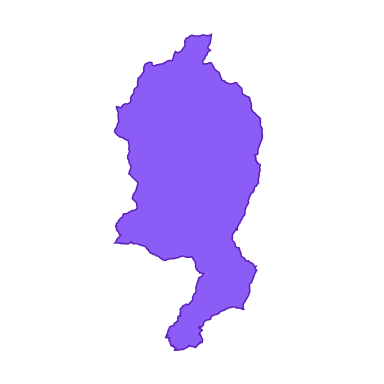 Buces, Hunedoara, Romania, rotated 249°
{"feature_id": "2599482B61703406686654", "entity_name": "Buces", "entity_type": "district", "adm_level": 2, "iso_a3": "ROU", "parent_name": "Romania", "parent_adm1": "Hunedoara", "projection": "mercator", "projection_center": [22.959, 46.183], "detail": "fine", "context": "isolated", "style": "filled", "palette": "violet", "viewbox_px": 384, "rotation_deg": 249, "n_neighbors": 0, "source": "geoboundaries", "source_scale": "gbopen_adm2", "svg_char_len": 6024}
<svg xmlns="http://www.w3.org/2000/svg" viewBox="0 0 384 384"><g transform="rotate(249 192 192)"><path d="M219.7,278.0L224.1,279.2L224.7,279.8L226.5,280.3L229.7,279.6L233.3,281.3L234.3,281.4L235.5,282.1L237.3,281.7L240.2,280.1L243.3,278.9L244.5,278.0L247.7,277.2L249.3,277.4L250.4,278.1L253.4,279.0L256.0,279.1L257.6,278.7L258.2,279.5L258.8,279.6L260.6,278.8L261.3,278.0L261.5,277.5L263.8,275.7L265.4,274.1L270.8,275.6L275.4,273.4L277.9,272.8L278.6,271.5L278.7,270.7L278.4,269.7L278.7,267.5L280.5,264.5L281.5,263.7L281.4,263.4L282.6,262.5L283.9,262.4L285.6,260.0L287.7,260.2L288.4,259.8L294.0,260.2L296.1,258.5L299.2,257.0L300.7,257.1L305.9,256.2L306.0,255.3L306.5,254.5L306.3,252.3L307.5,248.4L310.2,248.7L312.5,252.2L314.3,253.5L314.3,254.5L315.3,255.6L316.6,256.2L317.8,260.0L319.9,258.5L321.6,258.5L323.5,261.4L324.7,262.4L332.1,266.6L332.1,263.0L334.8,258.4L334.8,255.2L336.6,250.6L338.4,248.1L338.3,245.7L337.5,244.6L337.6,241.8L336.0,239.7L334.8,239.0L331.8,238.3L330.3,236.9L329.2,234.9L327.8,233.3L327.1,231.1L327.2,228.3L329.1,226.9L326.5,224.2L322.3,221.4L321.8,220.4L322.9,218.4L323.1,215.7L322.5,214.0L322.7,212.8L322.1,210.5L322.7,208.6L323.3,204.5L323.2,202.5L324.0,201.0L324.6,200.5L325.2,200.3L326.6,200.9L327.3,200.8L328.4,198.9L328.4,196.8L328.1,194.0L325.9,191.9L323.0,190.5L321.9,190.4L317.9,184.4L317.7,182.7L313.2,180.1L311.1,179.8L309.7,177.8L308.6,174.8L305.2,173.1L303.3,169.8L301.3,168.2L299.4,167.8L297.9,166.6L297.1,163.5L298.3,161.4L297.9,158.4L296.0,156.1L298.8,152.2L297.9,151.7L292.3,151.6L289.2,150.1L283.8,148.8L281.8,146.4L280.0,145.6L277.8,142.3L276.5,141.8L275.9,141.3L272.6,142.4L269.3,144.3L268.0,146.4L264.8,148.8L263.1,150.8L258.3,150.1L253.9,148.1L252.0,148.4L249.0,145.0L246.5,144.0L243.8,144.4L241.9,143.8L238.9,144.1L236.4,143.8L233.7,141.0L231.6,139.6L229.8,140.8L227.9,141.3L221.7,144.3L220.5,144.8L219.5,144.7L213.0,139.8L210.5,136.1L207.1,133.9L201.9,136.4L198.9,135.5L196.8,135.3L195.5,132.8L195.3,132.0L196.2,129.9L195.8,126.3L195.4,125.2L195.3,123.5L195.5,121.8L196.1,120.9L196.1,120.4L195.7,119.7L193.6,118.2L193.4,116.9L192.7,115.1L192.1,114.6L192.2,114.2L191.7,113.3L190.6,112.7L190.5,111.9L189.4,110.0L188.2,109.3L187.0,109.2L186.9,109.0L187.2,108.5L185.6,108.6L184.1,108.0L182.5,108.3L180.5,109.3L179.8,108.9L178.1,109.2L177.3,110.1L176.6,109.0L175.0,105.2L172.4,102.7L172.1,101.9L171.6,103.9L170.4,105.5L170.2,106.4L169.4,107.0L169.5,107.2L166.8,112.6L166.5,114.1L166.5,115.3L166.7,116.2L167.4,117.5L167.0,117.9L166.0,117.9L164.5,118.7L164.0,121.4L163.2,122.5L161.4,124.1L159.0,127.6L157.4,129.1L156.6,129.5L154.7,129.5L154.2,130.5L152.6,130.3L151.5,131.1L150.5,131.0L149.3,132.0L148.7,132.9L147.4,133.5L147.6,134.1L147.1,134.9L145.6,135.6L143.5,138.1L141.8,138.7L139.4,140.3L138.0,141.8L137.5,143.2L137.9,144.0L137.5,147.7L136.1,151.7L136.1,153.6L135.7,155.0L135.8,158.9L135.6,159.9L135.1,161.4L133.2,163.3L132.3,165.2L131.9,166.5L131.8,168.5L125.9,169.8L123.1,169.5L120.9,168.5L118.0,168.4L116.1,169.2L115.1,169.9L113.6,170.2L113.4,171.6L112.4,172.1L111.8,173.5L110.1,171.6L109.3,167.3L107.9,166.7L106.4,165.3L105.7,165.0L105.0,163.9L103.2,163.0L101.7,161.5L98.1,160.3L96.9,159.5L96.4,158.8L96.1,157.7L95.7,157.1L93.3,154.6L91.5,154.3L91.0,153.9L88.4,148.8L88.2,147.2L89.2,146.7L89.4,146.2L88.9,144.3L89.1,143.0L88.8,142.3L87.8,141.4L87.0,139.1L86.1,138.7L84.4,138.7L82.8,137.1L80.6,137.3L80.4,136.9L80.6,136.2L81.1,134.8L79.5,133.5L77.1,132.7L76.1,130.4L75.8,128.4L74.0,127.3L74.2,123.3L73.6,122.3L73.0,122.1L71.5,120.3L68.3,118.1L67.8,116.9L67.1,117.0L66.6,117.6L66.2,115.9L65.6,115.2L65.3,115.4L64.1,118.7L63.6,118.1L61.9,117.4L61.1,117.2L60.3,117.8L56.9,117.3L56.2,117.4L54.9,118.5L55.4,119.4L53.7,119.4L52.0,120.7L51.6,120.2L51.4,120.6L51.1,120.2L50.7,119.0L50.3,119.3L50.1,120.8L49.3,122.1L49.0,125.3L48.2,126.8L48.3,128.9L48.9,133.2L49.9,133.9L48.3,135.6L46.7,138.5L45.6,139.5L46.4,139.9L46.2,140.9L46.4,141.5L47.5,142.6L48.0,145.7L48.4,145.2L48.6,145.5L48.6,146.1L48.3,146.3L48.4,146.7L47.9,147.6L50.0,148.8L51.1,149.1L52.7,148.7L55.9,148.8L56.3,147.5L56.6,147.4L57.6,149.0L58.5,149.4L59.2,152.1L59.5,152.2L60.7,151.3L60.6,151.0L60.8,150.8L61.4,150.7L61.6,150.0L62.2,150.0L62.3,150.5L63.0,150.7L63.3,150.1L63.7,150.8L63.6,151.2L63.1,151.4L62.6,150.9L62.5,151.2L62.6,152.2L63.7,155.1L65.4,155.7L67.0,157.7L67.1,160.0L66.6,163.0L66.8,164.0L68.2,164.6L69.2,166.5L69.3,168.5L68.8,171.1L68.9,172.4L69.3,174.2L69.8,174.5L70.4,176.8L70.0,179.4L70.6,182.6L70.6,184.5L69.9,189.9L69.5,190.6L67.9,191.9L66.3,195.3L64.1,197.5L64.0,198.4L65.3,198.1L68.5,199.3L70.1,201.0L70.5,201.9L74.4,206.7L76.3,208.7L77.9,209.5L78.1,210.2L84.7,212.3L85.3,212.7L86.3,215.2L91.8,220.2L92.8,220.6L93.7,222.1L94.6,223.0L95.2,223.1L95.4,224.0L96.0,224.5L97.4,223.4L99.1,224.4L99.6,225.1L99.9,223.6L102.1,223.4L103.4,223.0L104.3,222.4L105.2,220.9L106.9,220.5L107.4,220.2L107.8,219.8L107.8,218.6L108.8,217.4L111.2,217.5L113.4,215.5L114.5,214.9L117.0,215.8L120.7,215.7L122.8,216.0L123.4,215.6L123.7,214.5L124.1,214.0L125.5,213.1L128.8,213.7L130.4,213.3L132.1,212.3L133.1,212.5L134.4,213.3L136.4,213.7L138.6,215.4L139.5,217.3L140.0,217.4L140.7,219.5L141.9,219.7L141.9,220.2L140.6,220.3L140.4,220.6L140.6,221.0L141.8,221.1L142.7,221.6L143.8,222.9L145.0,223.8L145.6,225.3L147.4,226.8L149.2,229.3L150.5,230.4L151.3,232.2L152.0,233.2L153.0,233.8L154.4,234.1L157.1,235.9L158.7,237.3L161.3,240.7L162.6,241.3L163.9,241.1L164.9,242.5L166.5,243.5L167.4,244.8L168.6,245.6L169.8,247.7L169.8,248.7L170.4,249.2L170.9,250.3L173.5,251.7L174.3,252.6L174.4,253.8L174.8,254.7L175.6,255.5L176.7,257.5L179.4,258.1L183.5,260.7L185.1,261.2L188.2,263.6L189.6,263.6L191.2,264.2L191.9,265.0L193.0,265.5L194.4,264.2L195.4,264.0L195.6,263.8L195.5,263.4L195.6,263.2L196.6,263.6L198.5,263.3L198.7,262.8L199.6,263.1L200.5,263.9L200.9,263.5L202.1,264.0L202.6,263.5L203.8,263.7L203.6,264.6L203.9,265.1L203.6,265.9L203.7,266.7L205.2,267.8L206.2,267.9L208.4,269.1L210.4,270.8L210.8,271.4L211.8,272.0L212.2,272.6L213.5,273.4L214.1,274.3L217.3,277.1L219.7,278.0Z" fill="#8b5cf6" stroke="#5b21b6" stroke-width="1.5"/></g></svg>